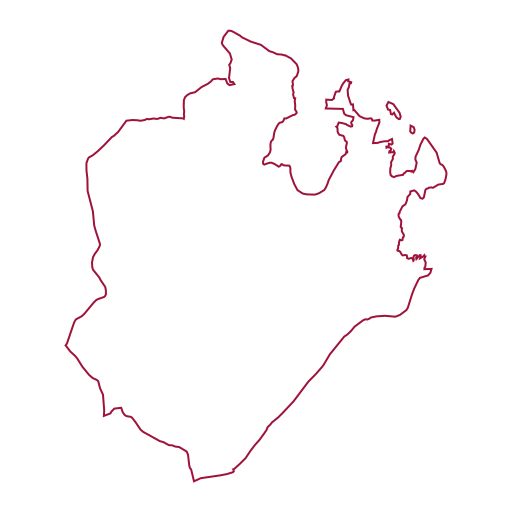 Mtwara, Mtwara, United Republic of Tanzania
{"feature_id": "72390352B92435052932896", "entity_name": "Mtwara", "entity_type": "district", "adm_level": 2, "iso_a3": "TZA", "parent_name": "United Republic of Tanzania", "parent_adm1": "Mtwara", "projection": "equal_earth", "projection_center": [40.045, -10.477], "detail": "fine", "context": "isolated", "style": "outline", "palette": "rose", "viewbox_px": 512, "rotation_deg": 0, "n_neighbors": 0, "source": "geoboundaries", "source_scale": "gbopen_adm2", "svg_char_len": 6016}
<svg xmlns="http://www.w3.org/2000/svg" viewBox="0 0 512 512"><path d="M65.6,345.4L70.5,351.7L75.2,356.0L77.1,358.3L82.5,366.9L89.0,374.8L92.6,378.0L96.7,379.9L98.2,381.1L100.1,388.4L103.0,394.7L104.2,410.5L103.9,415.9L110.4,413.4L111.5,411.5L114.3,408.6L121.2,407.8L122.6,411.9L124.4,414.7L126.4,416.1L130.6,416.8L131.9,417.5L135.4,422.0L140.7,429.8L143.2,431.9L159.8,441.1L163.6,442.2L168.8,445.1L172.5,445.4L175.0,446.5L179.3,447.1L186.7,451.6L188.0,454.6L189.2,465.0L189.8,467.8L191.1,469.4L191.5,470.9L194.0,481.3L200.7,478.2L220.0,475.4L226.8,474.1L233.0,472.2L233.8,471.3L233.2,469.3L234.3,468.9L239.9,463.8L245.7,458.0L250.2,451.2L255.0,444.9L259.3,440.1L264.2,433.4L266.5,430.0L267.7,427.0L270.0,424.9L272.2,422.2L278.2,417.4L282.3,413.3L293.5,401.4L308.3,381.7L315.6,374.3L321.9,367.1L323.6,364.9L329.8,354.4L344.2,336.6L347.5,334.4L351.2,330.8L354.5,326.7L363.1,320.3L365.3,319.3L367.3,319.5L369.1,318.8L371.0,317.5L376.2,316.4L384.8,315.8L395.4,316.7L399.8,315.0L406.4,310.1L407.8,307.8L412.1,294.1L414.1,288.8L418.2,280.2L419.8,278.0L419.2,278.1L428.1,275.4L430.4,272.7L431.5,268.9L424.4,269.2L424.5,267.6L425.3,266.7L425.7,262.5L424.2,259.2L425.4,256.5L424.5,256.4L424.3,255.3L422.9,256.7L420.1,258.3L420.6,256.6L420.6,255.2L419.8,255.1L416.4,259.0L416.1,257.9L416.9,256.2L416.9,255.4L415.1,255.1L414.0,255.7L413.3,257.4L413.8,259.1L413.7,260.4L413.3,260.8L412.7,258.9L412.1,258.3L411.2,258.0L408.6,258.8L407.1,258.1L407.2,257.3L406.8,255.4L405.1,255.0L402.8,255.4L401.8,254.7L400.4,252.1L399.4,251.1L397.6,250.7L397.3,249.9L398.1,248.5L398.2,245.7L398.9,244.9L399.0,242.5L399.5,240.5L399.9,239.7L401.2,240.3L402.4,240.1L402.9,237.4L403.6,236.9L403.9,235.9L403.8,234.7L401.9,231.5L401.7,228.6L402.0,228.2L400.7,227.0L401.3,221.7L401.0,220.0L400.6,219.9L398.8,217.0L398.5,214.8L398.7,213.8L399.5,213.3L399.5,212.2L402.5,206.3L405.3,204.4L405.9,203.3L407.0,200.2L407.5,197.0L410.2,194.0L410.4,191.4L414.2,190.4L416.0,191.6L418.1,194.1L420.5,198.1L422.5,198.7L423.9,197.3L425.4,190.0L426.4,188.8L428.0,188.4L428.8,187.7L431.2,187.4L432.9,187.8L438.3,184.6L443.1,183.9L444.2,183.0L445.6,178.8L446.4,174.6L446.4,172.6L445.9,170.8L443.7,166.5L442.5,165.1L440.3,164.0L439.6,162.9L436.6,152.6L427.0,139.0L424.7,137.5L423.4,138.8L420.4,144.7L418.9,149.5L415.5,156.8L415.4,159.6L416.7,162.7L415.3,169.1L413.3,172.2L412.1,170.8L411.2,171.5L410.9,171.1L407.3,170.9L406.2,171.4L405.4,172.4L403.6,173.7L403.1,174.8L396.7,175.9L393.9,177.1L391.6,176.2L391.3,175.4L390.6,175.0L390.2,172.4L390.3,168.5L391.2,165.2L391.1,162.1L392.8,159.1L392.8,156.6L394.7,153.6L394.6,152.5L393.8,151.0L393.3,152.2L389.2,152.5L389.5,151.1L390.6,150.6L391.3,148.8L390.1,147.6L387.7,147.3L386.5,147.7L386.4,146.6L387.9,146.5L388.8,145.7L388.9,143.8L391.6,144.5L392.6,143.6L392.0,139.0L389.5,140.1L388.1,141.2L384.3,141.3L379.9,142.1L377.7,142.9L373.0,143.1L375.0,134.0L375.8,132.5L376.8,129.0L379.4,122.5L379.3,119.8L374.7,120.6L372.3,120.5L371.9,119.1L371.0,118.3L367.3,118.8L364.0,118.3L359.5,116.1L354.1,109.8L353.4,110.1L353.0,104.4L351.3,104.7L350.8,103.9L348.1,95.8L347.6,89.8L348.8,87.3L349.5,83.7L350.9,83.3L351.2,82.2L348.2,81.3L348.4,79.5L345.9,80.1L343.4,83.1L341.8,85.7L339.3,91.5L337.8,91.4L335.8,91.8L333.9,97.3L334.0,98.4L331.9,100.0L326.3,99.6L326.2,102.2L326.9,105.3L325.8,108.5L342.9,108.9L344.2,113.7L346.0,115.2L353.5,117.2L353.0,120.2L351.2,122.2L351.4,123.8L352.3,125.1L352.1,126.3L350.6,126.6L347.1,125.0L346.2,124.2L341.4,122.9L338.7,122.6L337.3,126.2L336.3,126.7L337.5,128.1L337.6,131.6L338.3,133.3L339.4,134.8L343.4,135.9L344.2,137.3L344.8,140.0L345.5,141.0L346.6,141.7L346.9,142.8L345.9,147.5L346.2,149.2L347.3,151.7L347.2,152.4L346.2,152.1L345.6,154.2L341.8,156.9L341.2,158.2L340.9,160.9L338.9,162.2L334.0,170.1L328.7,180.1L327.5,183.8L326.0,187.2L324.3,190.0L319.1,193.2L315.1,194.6L307.0,194.4L303.2,193.7L300.6,192.2L297.5,190.1L294.3,184.2L291.4,176.4L290.4,172.3L290.4,168.6L290.0,166.7L289.2,165.6L284.9,165.5L283.2,165.1L282.1,164.2L281.3,164.2L280.4,165.7L278.7,166.7L274.8,164.1L271.5,162.7L269.3,162.8L264.2,164.6L263.1,163.7L263.0,161.7L264.4,157.7L268.0,155.4L269.9,152.5L270.6,149.8L270.4,145.1L270.7,142.6L271.7,140.5L272.7,139.9L273.4,138.2L274.3,132.6L274.8,130.8L277.1,126.1L278.7,123.6L280.0,122.6L282.2,122.2L283.3,121.0L284.4,118.4L286.1,118.5L292.7,115.2L295.0,114.6L296.7,112.9L296.3,111.3L295.1,109.8L295.2,104.9L294.7,101.0L295.2,98.3L294.0,98.1L293.1,94.4L293.6,92.3L292.7,89.2L292.2,86.0L292.8,85.7L292.9,84.0L292.5,81.1L294.6,77.8L296.6,76.3L298.1,72.2L298.4,70.4L297.9,67.4L296.7,64.3L291.0,58.4L285.0,55.2L284.4,55.4L282.1,54.6L277.0,54.2L273.1,52.3L269.2,51.1L261.0,44.9L250.8,41.6L242.1,37.4L240.1,35.7L232.4,31.4L230.7,30.8L228.3,30.7L223.6,36.9L221.8,42.9L222.7,45.1L229.9,53.5L231.7,59.5L230.5,63.0L229.2,64.9L230.2,68.1L229.0,78.0L230.3,82.0L232.8,81.9L234.4,84.1L229.5,85.1L227.3,83.5L225.6,79.0L220.8,79.2L217.8,78.5L212.8,79.3L210.9,81.5L207.7,83.9L201.5,87.1L195.1,92.2L190.1,93.4L187.5,94.9L185.1,97.1L183.9,100.1L183.7,107.3L184.2,111.7L183.9,114.4L184.2,116.3L183.8,118.8L183.1,118.4L172.3,117.7L170.3,116.9L168.6,116.8L164.2,118.4L160.4,117.8L157.9,118.8L156.5,118.9L153.6,118.5L148.7,119.3L147.0,118.9L144.7,120.0L140.3,120.8L138.0,120.3L132.6,120.0L126.4,120.7L118.1,132.0L113.8,135.9L111.9,137.0L104.2,145.1L98.0,151.0L92.9,155.2L88.8,157.5L88.0,158.8L86.5,162.9L86.4,164.7L86.5,170.7L87.4,178.6L87.6,190.9L92.9,211.4L94.2,225.5L95.8,231.2L99.9,243.7L99.9,245.3L99.4,246.7L97.4,250.4L94.8,253.9L93.0,257.2L92.0,262.7L92.3,267.3L93.0,269.7L99.4,277.6L100.4,279.8L105.2,286.9L105.9,290.5L105.9,294.4L104.9,296.3L104.0,297.0L97.7,299.2L96.1,300.2L93.6,302.7L83.9,314.3L81.6,316.3L75.9,319.4L74.3,322.1L73.0,325.7L67.2,342.8L66.4,344.5L65.6,345.4ZM399.5,112.7L393.3,104.1L388.4,102.0L386.5,105.7L388.1,109.6L390.1,110.0L390.9,114.0L392.2,114.5L394.0,112.7L396.3,117.2L398.8,119.1L399.9,118.9L400.7,116.7L399.5,112.7ZM414.2,132.5L414.6,129.8L413.7,127.2L410.6,125.6L410.2,131.2L411.0,132.5L412.8,133.5L414.2,132.5Z" fill="none" stroke="#9f1239" stroke-width="2"/></svg>